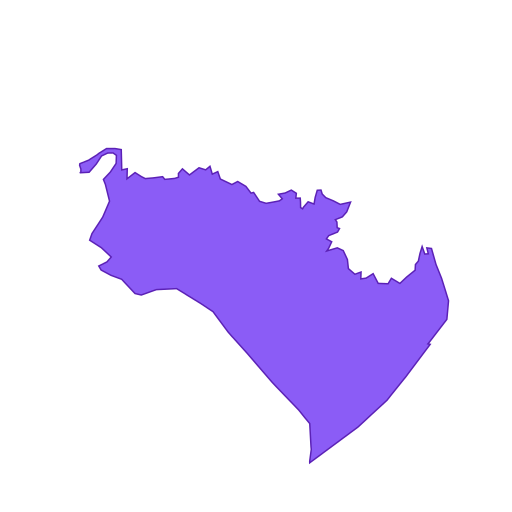 Garr-Bain, Nimba, Liberia, rotated 41°
{"feature_id": "62588387B82144239475407", "entity_name": "Garr-Bain", "entity_type": "district", "adm_level": 2, "iso_a3": "LBR", "parent_name": "Liberia", "parent_adm1": "Nimba", "projection": "robinson", "projection_center": [-8.959, 7.219], "detail": "fine", "context": "isolated", "style": "filled", "palette": "violet", "viewbox_px": 512, "rotation_deg": 41, "n_neighbors": 0, "source": "geoboundaries", "source_scale": "gbopen_adm2", "svg_char_len": 2422}
<svg xmlns="http://www.w3.org/2000/svg" viewBox="0 0 512 512"><g transform="rotate(41 256 256)"><path d="M432.2,376.8L445.2,318.0L447.0,301.1L449.5,278.9L449.2,273.1L448.5,255.1L448.3,248.7L448.0,244.9L445.4,208.4L443.4,209.5L443.4,208.3L442.6,195.3L441.6,178.6L430.7,163.5L420.6,157.2L410.7,151.1L397.4,144.3L383.5,135.2L379.6,137.8L384.6,141.3L382.1,143.8L375.2,139.9L378.0,146.3L381.9,153.4L381.9,157.8L385.4,162.3L383.5,173.1L382.6,182.3L372.8,184.0L373.9,190.3L366.2,196.5L356.0,192.5L353.6,200.5L351.5,202.9L350.1,204.5L345.8,199.2L342.6,204.9L338.2,204.9L334.0,204.9L327.3,198.7L323.5,197.0L318.3,194.7L312.0,196.5L306.1,205.8L305.9,203.6L305.7,202.3L303.8,195.6L297.9,196.9L297.5,192.9L301.8,184.5L301.7,183.8L301.0,180.5L298.7,181.4L294.8,177.3L292.0,176.5L295.5,169.8L295.5,163.1L292.0,153.3L285.7,161.8L278.3,163.6L270.4,166.2L265.3,165.8L261.8,163.6L259.1,166.2L262.2,172.9L265.7,178.7L259.8,180.9L259.8,188.0L260.2,189.8L259.7,189.9L257.9,190.2L256.9,189.1L254.3,186.2L251.4,183.3L248.1,186.2L245.3,182.2L239.4,183.1L236.7,189.3L232.4,194.7L238.3,195.6L237.5,199.0L234.0,203.5L229.1,209.6L224.8,211.5L222.8,212.4L213.3,209.8L212.5,209.6L211.0,211.8L207.0,211.0L202.7,210.1L201.6,210.3L199.3,210.7L197.2,211.1L193.3,211.8L190.9,217.9L190.5,218.0L178.6,221.3L171.8,217.4L169.3,222.9L162.4,218.5L161.5,224.0L155.1,226.8L152.6,238.5L148.0,238.5L143.3,238.5L143.3,244.6L145.8,247.4L143.8,250.7L139.6,255.2L136.9,258.0L133.5,257.4L127.1,264.6L123.2,268.6L121.7,270.2L117.3,271.3L110.0,272.4L108.0,282.4L101.6,274.6L98.2,279.1L84.5,264.1L79.1,267.4L72.7,273.0L70.1,281.5L69.6,284.2L67.5,291.0L66.9,293.3L62.9,301.1L62.5,301.8L63.3,303.2L66.8,305.3L67.0,305.5L67.7,306.3L68.8,307.6L68.4,308.8L75.1,302.3L75.1,293.5L75.1,291.4L73.8,281.8L76.5,275.6L80.5,272.0L84.6,271.6L89.7,277.9L91.0,288.3L90.9,290.8L90.6,298.3L95.4,300.8L109.5,310.7L110.5,313.8L113.3,322.5L114.8,327.2L115.7,333.5L117.5,346.7L120.1,353.2L127.7,352.1L133.8,351.2L147.4,351.7L147.4,355.1L147.4,358.2L143.9,366.7L148.3,368.2L159.3,365.7L162.2,364.6L169.9,361.7L189.3,363.7L195.0,360.7L197.1,357.0L201.4,349.3L202.9,346.7L217.5,332.7L227.0,331.1L229.2,330.8L244.8,328.2L255.5,326.8L260.2,326.2L263.6,327.0L284.9,331.7L290.8,332.5L291.9,332.6L313.1,335.2L333.6,338.2L351.0,340.7L356.9,341.3L387.1,344.0L389.3,344.2L399.2,346.0L406.5,347.2L422.7,363.9L424.6,365.7L431.2,375.7L432.2,376.8Z" fill="#8b5cf6" stroke="#5b21b6" stroke-width="1.5"/></g></svg>